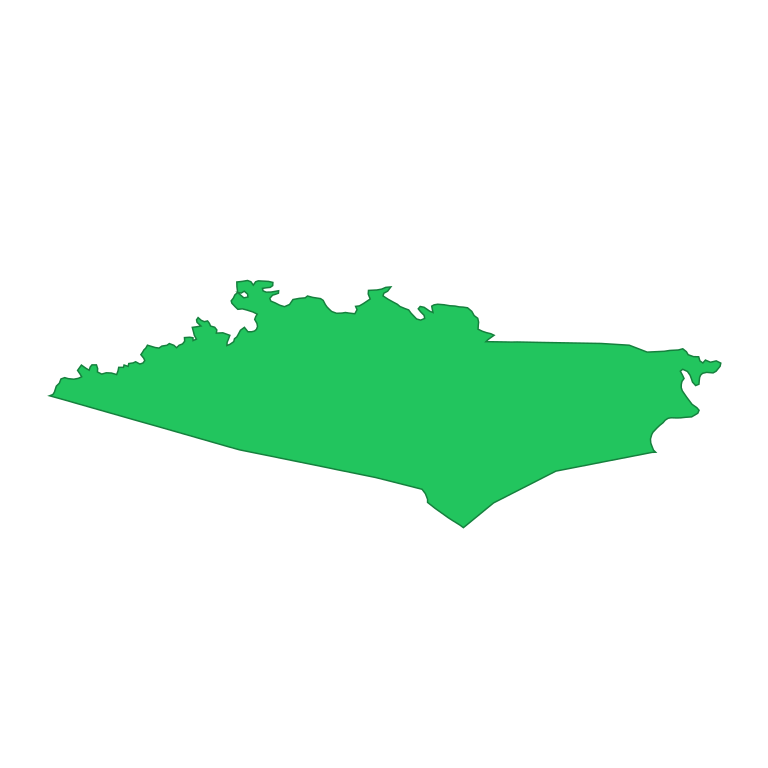 the district of Arari, Maranhão, Brazil, rotated 106°
{"feature_id": "56859067B76267583761173", "entity_name": "Arari", "entity_type": "district", "adm_level": 2, "iso_a3": "BRA", "parent_name": "Brazil", "parent_adm1": "Maranhão", "projection": "equal_earth", "projection_center": [-44.77, -3.551], "detail": "fine", "context": "isolated", "style": "filled", "palette": "green", "viewbox_px": 768, "rotation_deg": 106, "n_neighbors": 0, "source": "geoboundaries", "source_scale": "gbopen_adm2", "svg_char_len": 3744}
<svg xmlns="http://www.w3.org/2000/svg" viewBox="0 0 768 768"><g transform="rotate(106 384 384)"><path d="M374.7,104.1L373.3,106.7L370.2,109.1L367.2,111.3L363.4,112.7L358.8,112.7L356.3,112.2L350.9,109.4L347.7,107.5L344.3,105.1L341.2,103.7L338.6,101.4L337.3,98.7L335.9,93.1L334.7,89.4L332.9,85.0L330.8,79.2L325.6,74.3L322.4,73.9L320.6,76.6L318.6,82.3L313.1,89.6L310.2,93.1L308.3,95.4L305.5,97.3L302.5,98.1L299.4,98.3L296.0,97.1L293.0,99.7L290.0,102.7L287.5,100.9L288.3,95.8L291.3,92.1L294.6,89.7L297.1,88.0L299.6,84.0L297.4,81.2L293.8,81.9L290.7,82.4L288.2,82.1L285.9,80.7L283.9,77.1L282.6,70.7L280.2,68.3L274.3,65.8L271.1,66.0L270.2,71.0L273.1,76.2L272.4,81.6L275.9,83.3L274.7,86.7L271.1,89.0L272.4,94.0L272.0,99.7L269.6,102.2L267.8,106.5L270.2,110.5L273.0,118.6L275.3,123.6L277.5,130.1L280.8,139.8L279.1,158.9L285.2,186.5L300.9,245.0L306.9,267.6L308.6,273.1L309.7,277.3L315.2,297.7L312.7,296.3L306.8,291.6L306.2,295.2L306.4,299.6L306.2,303.9L305.4,308.7L300.9,309.7L298.5,310.1L295.0,312.0L293.4,316.2L290.0,319.6L287.7,324.7L288.3,329.2L289.1,332.8L289.5,337.3L290.6,342.1L291.3,348.3L292.5,354.3L294.1,357.7L296.0,359.6L298.8,358.2L301.8,356.6L301.5,359.8L299.2,366.6L299.5,370.6L302.3,371.8L304.5,368.7L307.0,364.3L309.8,363.0L312.5,366.4L312.5,370.6L308.4,377.6L306.0,380.7L305.7,384.8L305.1,390.0L303.7,393.1L302.9,396.9L301.4,403.4L299.6,409.2L296.8,409.2L293.8,406.1L288.8,404.2L290.6,408.9L293.5,412.5L295.6,416.8L298.3,424.7L301.8,424.0L306.1,420.7L309.3,423.4L312.5,426.1L315.7,429.2L317.2,432.7L320.0,430.4L324.5,431.4L325.5,437.4L325.9,440.8L327.4,443.9L329.1,449.1L328.7,454.3L327.3,457.1L325.6,460.1L323.8,462.3L320.4,465.5L319.4,468.5L320.4,476.4L320.5,481.8L322.9,483.5L325.0,489.0L327.9,494.8L333.6,496.7L337.1,501.0L337.0,506.0L336.0,511.2L335.5,515.6L333.2,517.4L329.3,515.6L327.8,513.2L325.8,510.5L323.4,511.0L326.7,517.8L328.2,522.6L327.8,525.9L325.6,527.2L324.1,524.0L322.5,520.0L320.1,518.1L317.0,518.8L317.2,523.3L318.3,528.1L319.5,533.3L321.1,535.6L325.0,536.9L322.4,540.1L322.1,543.7L324.5,548.7L326.5,553.6L331.0,552.2L336.4,549.9L339.4,551.9L343.0,552.5L346.2,553.8L348.3,552.5L350.8,548.3L352.5,545.1L350.8,540.8L350.7,536.4L350.9,529.9L351.8,525.1L354.6,525.9L357.6,526.1L360.8,522.8L363.7,521.4L366.7,521.7L368.8,523.1L370.3,525.7L371.3,529.2L368.0,533.8L371.9,536.8L377.0,537.9L379.4,538.5L381.7,540.2L384.7,540.1L388.4,543.1L390.3,545.6L387.2,546.3L383.8,545.9L379.7,545.6L379.2,553.0L381.3,559.2L378.1,559.6L376.1,562.4L376.1,566.7L373.8,568.6L372.0,571.0L373.6,573.9L373.2,577.2L371.4,581.0L374.0,581.9L376.3,580.7L378.7,576.0L380.7,580.0L382.4,583.9L386.9,581.2L389.4,579.8L392.6,576.7L394.9,579.5L392.2,580.4L392.6,583.6L394.4,588.6L397.8,587.4L401.0,588.7L403.2,591.6L406.3,593.4L404.7,596.7L404.3,601.5L406.6,603.3L408.8,608.0L411.5,610.2L412.0,614.1L411.9,622.1L415.2,622.9L417.4,624.2L419.9,624.8L422.8,625.8L425.5,622.0L427.5,620.4L430.3,621.5L432.1,624.2L431.1,628.9L432.9,631.0L434.7,635.0L437.6,634.8L437.4,639.1L439.8,639.0L441.1,643.6L444.6,643.3L448.6,643.6L448.6,649.1L449.8,654.1L452.3,658.1L451.4,662.8L448.1,663.5L444.9,665.7L446.1,670.0L448.6,671.1L452.0,671.2L451.1,674.7L449.2,680.1L455.4,682.3L458.3,678.8L460.4,676.6L462.8,679.4L464.9,683.5L465.9,689.1L465.9,692.7L468.2,695.9L472.7,696.3L476.4,698.4L482.7,698.6L485.4,699.4L487.5,702.2L487.4,690.8L487.3,609.7L487.2,588.9L487.2,515.4L487.1,504.6L479.8,412.7L479.4,406.8L477.0,376.5L476.2,366.3L474.7,318.4L478.0,314.0L480.6,312.0L482.9,310.3L485.8,309.5L489.5,300.5L494.8,285.5L496.3,280.6L498.7,272.1L500.2,268.1L497.8,266.4L468.1,245.9L420.4,194.8L398.8,152.5L375.8,107.4L374.7,104.1ZM336.4,549.9L335.9,546.3L333.3,543.9L335.2,539.9L337.9,538.8L339.8,542.5L336.4,549.9Z" fill="#22c55e" stroke="#15803d" stroke-width="1.5"/></g></svg>